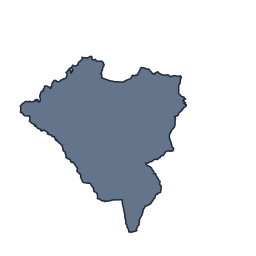 Jitia, Vrancea, Romania (Mercator projection), rotated 141°
{"feature_id": "2599482B15858955019342", "entity_name": "Jitia", "entity_type": "district", "adm_level": 2, "iso_a3": "ROU", "parent_name": "Romania", "parent_adm1": "Vrancea", "projection": "mercator", "projection_center": [26.761, 45.59], "detail": "fine", "context": "isolated", "style": "filled", "palette": "slate", "viewbox_px": 256, "rotation_deg": 141, "n_neighbors": 0, "source": "geoboundaries", "source_scale": "gbopen_adm2", "svg_char_len": 5876}
<svg xmlns="http://www.w3.org/2000/svg" viewBox="0 0 256 256"><g transform="rotate(141 128 128)"><path d="M198.0,212.8L198.5,211.1L201.6,208.0L201.6,207.7L201.4,207.4L200.6,204.9L200.9,203.8L200.8,202.9L200.1,202.0L198.6,200.8L196.9,199.0L198.3,197.2L200.3,195.3L199.7,192.0L199.2,191.1L198.7,189.4L198.2,188.7L199.2,188.3L199.0,187.7L198.7,187.7L198.4,187.2L198.3,184.3L197.0,182.7L197.4,180.9L196.9,179.9L195.8,180.3L195.7,180.2L195.8,179.7L194.7,178.9L194.2,178.3L194.0,177.2L193.5,176.1L193.5,175.0L193.3,174.7L193.4,174.4L194.0,174.3L194.3,174.0L193.8,173.8L193.7,173.1L193.3,172.0L192.6,171.6L192.3,171.2L191.8,169.9L192.2,169.5L192.3,169.2L191.4,168.0L190.7,167.7L190.7,167.4L191.2,166.7L191.3,165.8L191.9,164.2L191.1,163.9L191.4,163.0L190.8,162.8L191.3,161.2L190.7,159.3L190.7,158.6L190.4,158.2L190.6,157.1L190.1,156.3L190.8,155.0L191.0,153.8L191.6,153.2L192.7,151.0L192.1,149.8L192.1,148.4L192.7,148.0L193.0,147.5L193.1,146.0L194.7,144.4L194.3,143.1L194.3,142.3L193.4,141.2L193.4,140.7L193.0,139.8L193.1,139.0L193.6,138.2L193.4,137.8L193.6,136.9L192.9,136.6L192.3,136.1L192.5,135.6L192.2,134.5L192.6,129.9L192.5,128.7L194.5,127.1L194.8,126.6L194.9,126.2L194.4,124.0L194.7,123.2L194.2,122.5L194.1,122.1L194.5,121.1L195.7,119.7L195.9,118.8L196.3,118.0L196.5,116.8L197.0,115.6L197.1,114.9L196.7,113.2L195.7,112.4L194.2,110.5L192.4,109.1L192.3,108.1L192.7,106.3L192.5,103.6L194.3,100.4L194.3,99.7L193.3,98.1L193.3,97.7L193.5,96.0L194.9,93.7L196.2,92.4L194.9,90.7L194.0,87.6L192.8,87.3L192.6,85.6L192.4,85.4L191.1,85.2L190.8,85.0L190.1,84.0L187.1,82.5L185.9,82.0L184.6,81.3L177.8,76.0L180.2,72.3L181.1,70.3L185.1,62.6L187.0,60.0L187.4,58.7L188.6,56.6L189.7,55.5L190.0,54.9L190.0,52.9L190.3,52.5L191.1,51.7L191.3,49.3L192.7,46.8L192.4,46.7L190.9,44.6L190.1,44.6L189.3,44.3L188.4,43.6L185.8,42.7L185.3,44.0L182.0,45.6L180.8,45.7L180.0,46.1L179.5,46.9L178.5,47.5L178.3,48.1L176.3,49.9L171.9,51.6L171.1,52.0L170.7,52.6L169.0,53.5L167.8,54.9L165.0,55.8L163.9,56.5L163.5,56.5L162.9,55.9L161.3,55.4L159.7,55.3L158.8,54.8L157.7,55.1L156.8,55.2L155.2,55.9L154.1,56.0L152.4,56.9L151.7,56.7L151.1,56.8L149.6,58.0L148.3,58.6L147.9,58.6L146.5,57.9L145.8,58.4L145.0,58.3L143.9,57.6L142.8,57.8L140.0,60.5L138.8,61.8L138.8,64.4L138.3,65.0L137.0,65.9L136.7,66.6L137.0,67.8L136.5,69.3L136.6,70.3L136.2,72.1L136.1,73.7L136.0,74.1L135.2,74.9L135.4,75.3L136.5,76.2L135.3,77.9L135.4,80.7L135.0,81.6L134.9,82.6L135.5,84.6L136.7,87.0L136.8,88.0L136.4,89.4L136.1,89.2L135.7,89.2L135.4,88.8L134.1,88.0L132.2,88.1L131.8,88.0L131.0,87.0L128.3,87.0L126.6,86.7L126.1,86.3L125.3,85.2L124.9,85.0L124.1,85.0L122.8,85.3L121.8,84.7L120.9,85.4L120.5,85.4L118.9,85.0L117.7,84.4L116.1,85.1L114.9,85.4L114.4,85.8L113.7,85.6L113.1,85.8L112.0,85.4L110.6,84.6L110.5,84.3L110.5,83.8L110.3,83.6L109.3,83.2L107.7,82.0L106.7,82.4L106.3,82.8L105.7,82.9L105.7,83.3L105.3,84.7L105.6,85.7L105.4,86.4L104.8,87.1L104.3,88.7L103.5,89.8L103.1,91.6L102.6,92.5L102.5,93.3L101.6,95.0L99.4,97.2L98.2,97.4L98.0,97.8L97.2,97.8L96.9,98.0L96.7,98.5L91.6,99.5L89.8,100.5L86.5,104.4L85.0,105.6L85.1,106.1L84.8,106.9L84.9,107.3L84.6,107.6L83.8,107.0L83.5,107.1L81.8,106.3L80.7,106.5L79.1,107.6L75.4,107.8L74.8,107.7L73.9,108.5L73.4,108.2L71.5,108.8L70.6,108.5L68.9,108.6L68.2,109.1L68.1,109.3L69.1,111.8L67.6,111.4L67.7,113.2L68.4,114.0L66.8,115.2L66.3,114.4L65.1,114.4L65.3,115.4L65.2,116.9L66.6,119.1L66.8,123.2L63.8,126.6L62.0,129.1L59.5,129.9L57.9,131.4L57.2,132.2L56.0,133.1L56.0,133.7L55.2,133.6L54.5,133.9L54.6,134.5L54.4,135.2L54.7,135.6L56.6,136.7L58.4,138.9L60.1,140.2L61.4,140.4L62.7,141.3L63.1,142.2L63.0,142.4L63.2,143.5L63.4,144.0L64.3,144.7L65.4,145.1L65.8,145.9L67.2,146.7L68.2,148.3L68.5,149.2L69.3,150.8L69.5,153.0L71.1,153.4L72.5,153.5L72.9,153.7L73.2,153.6L73.5,153.2L73.7,154.1L74.7,154.6L74.7,154.8L74.7,157.9L75.0,159.0L74.7,159.8L74.8,160.6L75.2,161.3L75.7,161.4L76.5,162.3L76.9,163.3L77.6,164.0L77.6,164.6L79.4,166.3L80.1,166.6L80.6,166.6L82.4,165.5L87.4,163.5L88.6,164.3L89.0,164.2L90.2,164.5L91.3,166.1L92.3,166.0L92.9,165.4L94.1,164.9L96.3,165.1L98.4,165.9L100.3,166.3L102.3,166.7L102.8,166.6L109.5,172.6L110.7,174.3L112.0,175.6L116.9,183.5L115.1,185.5L115.1,186.1L114.7,186.5L115.2,187.1L113.5,187.8L112.3,188.9L111.5,189.1L109.7,190.8L107.9,191.3L107.2,192.0L106.7,192.3L106.5,193.3L106.1,194.5L106.2,196.1L106.5,196.8L108.4,197.8L108.9,198.7L109.6,199.1L110.5,200.0L110.5,200.4L110.1,201.4L110.3,201.8L110.6,202.1L112.3,202.9L112.6,203.4L112.9,204.2L111.5,205.5L111.3,206.3L111.8,207.2L115.5,208.0L117.4,209.9L118.8,211.0L119.1,211.7L120.0,210.7L122.2,210.0L125.0,210.2L126.3,209.5L127.0,208.5L128.9,209.2L129.8,209.1L130.8,210.0L131.3,211.5L132.1,211.4L133.4,210.7L135.0,210.9L134.4,210.3L134.1,209.5L134.2,207.7L134.5,207.6L134.8,207.8L135.2,207.6L135.5,207.4L135.5,207.1L135.8,207.0L136.1,207.5L136.3,207.0L136.7,207.1L137.5,206.4L137.7,206.5L137.7,206.9L137.6,207.5L137.0,208.6L136.5,208.9L136.2,210.7L136.3,211.0L136.5,211.0L137.4,210.6L137.8,210.8L139.9,210.0L141.1,210.2L141.2,209.3L141.8,207.8L142.7,206.9L143.9,206.5L144.0,206.1L144.7,205.8L145.5,205.9L147.6,207.0L148.4,206.9L150.2,207.4L152.0,207.3L153.0,207.7L153.6,208.2L154.0,209.0L154.0,209.9L154.8,210.6L154.8,211.1L156.0,211.4L158.6,210.6L160.5,209.1L160.8,208.6L161.9,208.6L162.2,208.0L162.8,207.5L163.2,207.4L163.5,207.7L163.6,209.3L164.6,211.7L166.5,213.0L166.6,212.7L167.5,212.0L169.6,211.4L170.0,211.0L170.3,210.2L171.3,210.3L172.2,211.0L174.7,209.7L175.9,208.7L176.5,208.4L177.4,206.7L177.9,205.5L179.7,204.0L180.5,204.0L181.2,204.4L181.2,204.8L180.5,205.2L180.3,206.2L180.4,207.0L180.8,207.2L180.9,207.6L181.4,207.9L182.1,206.9L182.5,207.4L182.7,208.0L183.0,207.7L183.1,207.2L183.3,207.2L183.8,208.0L184.7,207.9L185.7,208.7L187.0,209.4L187.5,210.2L187.7,210.9L188.5,210.9L189.7,211.7L190.2,212.6L191.3,213.2L193.2,213.1L193.9,213.3L195.9,213.2L197.4,212.8L198.0,212.8Z" fill="#64748b" stroke="#1e293b" stroke-width="1.5"/></g></svg>